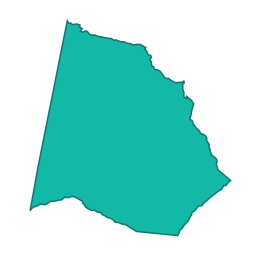 Carnaubeira da Penha, Pernambuco, Brazil (orthographic projection), rotated 178°
{"feature_id": "56859067B83300695382888", "entity_name": "Carnaubeira da Penha", "entity_type": "district", "adm_level": 2, "iso_a3": "BRA", "parent_name": "Brazil", "parent_adm1": "Pernambuco", "projection": "orthographic", "projection_center": [-38.753, -8.428], "detail": "fine", "context": "isolated", "style": "filled", "palette": "teal", "viewbox_px": 256, "rotation_deg": 178, "n_neighbors": 0, "source": "geoboundaries", "source_scale": "gbopen_adm2", "svg_char_len": 2152}
<svg xmlns="http://www.w3.org/2000/svg" viewBox="0 0 256 256"><g transform="rotate(178 128 128)"><path d="M184.9,237.2L194.5,197.0L203.4,159.0L204.7,153.7L218.6,95.1L228.7,48.8L227.0,51.0L224.9,52.3L223.0,52.9L221.0,53.5L218.8,54.7L217.0,55.1L214.6,54.2L212.7,54.6L211.0,55.3L209.5,56.5L207.7,57.5L205.3,57.5L202.8,57.5L199.9,58.4L197.6,58.3L195.4,59.6L193.3,61.3L191.5,60.6L189.4,60.5L187.3,61.4L184.6,61.4L181.6,59.8L178.6,57.9L176.4,56.7L175.6,54.0L174.2,53.1L173.5,51.0L171.6,49.3L169.6,48.2L167.1,46.8L164.5,47.0L161.7,45.2L159.8,44.6L158.0,44.5L156.8,42.3L154.2,41.2L151.6,39.2L149.4,38.7L146.4,37.1L144.1,34.3L140.5,33.7L137.9,32.5L136.1,31.9L134.0,31.7L127.5,27.2L123.2,24.3L117.9,23.6L82.1,18.8L80.7,21.3L79.6,24.4L77.6,25.4L74.9,29.4L71.5,32.6L69.7,35.4L68.5,37.7L67.3,39.2L67.1,41.2L64.7,42.7L63.0,44.3L61.8,45.6L60.8,47.5L58.6,47.7L56.7,47.9L54.5,50.8L50.9,53.3L49.9,54.5L46.9,56.6L42.5,59.9L39.6,61.9L36.6,63.6L35.3,65.5L34.1,67.1L32.2,67.2L29.2,70.5L27.3,72.0L39.5,82.9L40.2,85.7L41.0,89.1L40.2,90.8L40.7,94.0L43.3,96.4L45.1,97.5L46.4,101.1L46.6,103.3L47.7,105.7L47.5,108.7L48.8,111.0L50.1,113.4L49.5,115.2L50.9,117.5L52.7,118.8L56.0,120.4L56.3,122.0L57.7,123.7L59.2,124.8L61.0,127.3L62.8,129.9L63.1,131.7L63.8,133.3L66.1,134.5L65.4,137.0L64.4,139.1L64.2,141.4L63.6,143.5L62.5,146.9L61.6,149.9L63.7,153.5L66.7,156.0L68.4,157.6L68.9,155.6L70.7,156.3L71.1,158.6L70.9,161.5L72.0,165.5L71.7,167.6L72.0,169.6L70.2,171.1L70.6,172.9L72.7,171.8L75.5,171.9L77.4,171.6L79.3,171.7L83.7,174.3L85.7,176.0L89.1,176.4L90.4,178.2L91.8,180.4L94.1,183.7L96.8,185.2L99.0,185.5L100.0,186.8L100.3,188.4L101.9,189.0L102.4,191.0L102.3,193.2L103.8,195.8L102.2,197.5L102.8,199.8L105.2,200.4L106.2,202.8L106.9,204.4L108.6,206.0L107.4,207.7L113.2,211.2L116.2,211.2L119.9,210.9L122.8,212.3L125.9,212.7L127.8,213.8L129.4,214.4L132.0,214.4L135.0,215.6L136.6,216.4L139.4,216.3L141.7,218.1L143.9,218.2L153.0,220.3L156.0,221.0L157.9,222.2L159.9,222.0L163.5,223.0L165.1,225.7L166.8,226.5L170.1,225.4L172.2,226.0L170.3,229.0L172.9,230.5L172.4,232.6L175.7,233.7L180.0,233.3L181.7,235.0L183.8,234.9L184.9,237.2Z" fill="#14b8a6" stroke="#0f766e" stroke-width="1.5"/></g></svg>